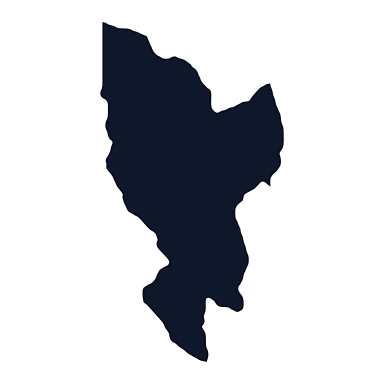 outline of Mella, Independencia, Dominican Republic
{"feature_id": "3306468B62036034532374", "entity_name": "Mella", "entity_type": "district", "adm_level": 2, "iso_a3": "DOM", "parent_name": "Dominican Republic", "parent_adm1": "Independencia", "projection": "natural_earth1", "projection_center": [-71.428, 18.297], "detail": "fine", "context": "isolated", "style": "filled", "palette": "ink", "viewbox_px": 384, "rotation_deg": 0, "n_neighbors": 0, "source": "geoboundaries", "source_scale": "gbopen_adm2", "svg_char_len": 5515}
<svg xmlns="http://www.w3.org/2000/svg" viewBox="0 0 384 384"><path d="M188.2,63.5L184.5,60.9L183.4,60.3L182.2,59.8L179.2,59.0L178.0,58.6L176.5,57.8L175.5,57.3L174.3,57.2L173.1,57.4L172.0,57.8L170.0,58.9L168.8,59.3L166.9,59.5L164.9,59.5L163.7,59.3L162.4,59.0L161.3,58.4L159.3,57.2L157.0,56.0L155.9,55.2L154.4,53.7L153.0,52.0L152.3,50.8L151.7,49.6L150.7,47.1L149.2,44.2L148.3,41.6L147.0,38.8L146.4,37.0L143.9,35.8L141.0,34.7L137.8,33.0L133.0,31.5L130.4,30.1L129.2,29.7L127.8,29.4L126.5,29.3L119.5,29.0L117.5,28.7L116.3,28.2L113.7,26.8L112.5,26.4L109.4,25.6L108.3,25.2L105.7,23.7L103.2,23.0L103.2,83.5L103.1,85.9L102.7,88.1L102.3,89.4L101.3,91.6L101.1,92.9L101.0,93.5L101.3,94.9L101.5,95.4L102.2,96.4L103.0,97.3L104.0,97.9L105.6,98.7L106.0,99.1L106.9,99.9L107.7,100.9L108.0,101.5L108.4,102.9L108.7,105.1L108.7,107.4L108.7,112.9L108.5,116.0L108.3,117.5L107.9,118.9L106.7,121.8L106.3,123.1L106.1,124.5L106.2,126.6L106.3,127.3L106.6,128.6L107.9,131.5L108.8,135.6L109.3,136.8L109.9,137.9L110.6,138.8L112.2,140.2L112.9,141.0L113.1,141.5L113.3,142.7L113.1,143.8L111.8,147.2L111.1,150.6L110.7,152.0L108.2,156.9L107.0,158.5L106.6,159.5L106.5,160.0L106.5,161.2L107.1,163.2L107.2,164.2L107.0,166.6L107.0,167.1L107.2,167.8L107.4,168.4L108.1,169.5L111.8,174.0L113.0,175.9L113.7,177.1L114.7,179.6L116.1,182.5L116.9,184.4L117.5,185.7L118.8,187.5L122.0,191.5L123.1,193.2L123.5,194.4L123.5,194.9L123.2,197.4L123.4,198.4L125.0,203.2L126.5,206.0L127.5,208.5L128.1,209.7L129.3,211.2L130.3,211.9L133.0,213.3L135.6,214.9L137.8,216.0L138.9,216.7L139.8,217.6L141.2,219.0L147.2,225.8L149.7,228.4L151.2,229.6L153.4,230.8L154.4,231.5L155.8,232.8L156.4,233.9L156.7,234.5L158.0,238.0L158.3,239.1L158.3,240.2L157.4,242.8L157.3,244.1L157.5,245.4L158.0,246.7L158.7,247.8L160.0,249.4L166.7,256.5L168.4,258.5L169.2,259.6L169.5,260.2L169.8,260.8L169.9,261.5L169.9,262.2L169.9,262.9L169.7,263.6L169.1,264.8L168.3,265.7L167.4,266.4L165.1,267.4L164.1,267.9L161.1,269.8L160.2,270.5L159.6,271.5L157.6,275.3L156.6,277.8L156.1,279.0L155.0,280.7L153.7,282.1L152.8,283.0L151.8,283.8L150.7,284.4L148.4,285.4L145.0,287.6L144.2,288.3L143.9,288.9L143.5,290.1L143.3,291.4L143.3,292.9L143.4,296.6L144.1,301.1L144.3,301.8L144.7,302.2L147.0,303.9L148.4,305.3L149.8,306.8L160.7,319.0L162.1,320.6L163.3,322.2L164.4,324.0L165.2,326.0L165.7,327.1L166.4,328.2L168.3,330.8L169.3,332.5L169.8,333.7L170.4,337.3L170.8,338.5L171.4,339.6L172.2,340.6L173.2,341.4L175.3,342.5L176.3,343.2L179.7,346.2L180.7,347.0L183.9,348.9L184.9,349.7L187.7,352.3L189.2,353.4L191.5,354.6L194.6,356.5L196.8,357.6L198.9,358.9L200.0,359.5L201.5,360.0L206.2,361.0L207.2,357.5L207.5,356.3L207.6,354.8L207.6,353.4L207.2,351.3L205.8,347.8L205.4,346.4L205.2,344.1L205.1,337.1L204.9,334.8L204.5,333.3L204.0,332.1L200.9,326.8L202.2,324.8L203.2,323.2L203.6,322.1L203.8,321.6L203.8,320.5L203.2,317.8L203.1,316.6L203.2,315.3L204.5,311.8L204.9,309.6L205.0,307.3L204.9,301.9L205.0,300.4L205.2,299.1L205.5,298.5L205.9,297.9L206.3,297.5L206.9,297.2L208.0,297.0L209.2,297.1L210.4,297.5L211.4,298.0L214.7,300.5L215.4,301.4L216.3,302.9L217.0,303.9L217.8,304.7L218.8,305.4L219.4,305.7L220.8,306.0L222.1,306.2L226.3,306.4L228.4,306.7L229.6,307.2L232.1,308.8L235.8,310.7L236.8,311.1L237.8,311.1L238.3,311.0L239.3,310.5L240.6,309.7L241.6,309.1L242.0,308.6L242.3,308.0L242.7,306.7L242.9,304.5L242.8,301.4L242.5,299.0L242.1,297.6L241.4,296.3L238.9,292.9L238.2,291.7L237.9,291.0L237.5,289.7L237.5,289.0L237.5,287.7L237.8,286.5L238.0,286.0L239.6,283.9L241.8,279.6L242.2,278.4L242.9,274.9L243.3,273.6L244.9,270.1L245.9,267.6L247.0,265.3L247.5,264.1L247.8,262.7L248.0,261.3L248.0,258.3L247.8,256.9L247.5,255.5L246.0,252.0L245.6,250.6L245.1,247.9L244.7,246.5L243.5,243.6L243.1,242.3L242.4,238.9L242.1,237.5L240.6,233.9L240.2,232.6L239.7,229.8L239.4,228.5L237.7,225.0L236.8,222.4L235.4,219.6L234.9,218.2L234.6,215.9L234.5,213.6L234.5,211.2L234.7,208.9L234.9,208.1L235.4,206.8L236.1,205.7L236.9,204.6L238.7,202.8L239.6,202.0L241.0,201.0L241.8,200.3L242.3,199.2L242.8,196.8L243.2,195.6L243.8,194.5L244.6,193.5L245.6,192.7L246.1,192.4L247.8,191.6L250.3,190.1L252.6,189.0L253.7,188.3L255.2,187.0L259.0,182.9L260.4,181.6L261.5,181.0L262.1,180.8L263.4,180.8L264.0,181.0L264.6,181.2L265.6,181.8L269.6,185.1L269.5,181.8L269.6,179.7L269.8,178.3L270.3,177.0L271.3,175.4L272.5,173.9L273.9,172.6L276.1,170.6L279.0,166.5L279.6,165.2L280.0,163.8L280.2,161.6L280.0,158.7L279.6,156.7L278.9,154.6L278.8,153.5L278.9,152.9L279.4,151.7L281.9,147.8L282.4,146.5L282.7,145.0L282.9,142.8L283.0,139.7L282.9,132.7L282.8,129.6L282.6,128.1L282.3,126.7L281.1,123.7L280.7,122.4L280.4,121.0L280.0,116.7L279.6,114.7L279.1,113.4L278.0,111.1L277.0,108.6L275.4,105.1L275.1,103.7L274.5,101.0L274.2,99.6L272.7,96.0L272.4,94.7L271.7,91.2L271.3,90.0L270.1,87.0L269.5,84.3L267.6,84.7L266.5,85.1L263.9,86.6L261.6,87.7L260.0,89.0L258.0,91.0L254.6,94.8L251.9,98.2L250.3,100.8L249.9,101.2L249.5,101.5L248.9,101.8L247.8,102.1L244.8,102.4L242.9,102.8L241.8,103.3L239.8,104.5L237.5,105.6L234.4,107.4L233.2,107.8L230.7,108.3L229.5,108.7L226.3,110.4L225.1,110.8L222.1,111.5L221.0,112.0L219.0,113.1L218.4,113.3L217.2,113.5L216.6,113.5L216.0,113.3L215.4,113.0L214.8,112.7L213.7,111.8L212.8,110.8L211.9,109.7L211.2,108.4L210.9,107.7L210.6,106.2L210.4,103.9L210.5,96.2L210.5,93.9L210.3,92.5L210.0,91.2L209.6,90.7L209.3,90.2L206.9,88.5L205.0,86.6L203.1,84.6L201.7,82.9L200.9,81.8L200.2,80.6L199.3,78.0L197.8,75.1L196.9,72.6L196.3,71.5L195.5,70.4L194.6,69.5L193.6,68.7L191.3,67.1L190.9,66.0L190.3,65.1L189.5,64.4L188.2,63.5Z" fill="#0f172a" stroke="#020617" stroke-width="1.5"/></svg>